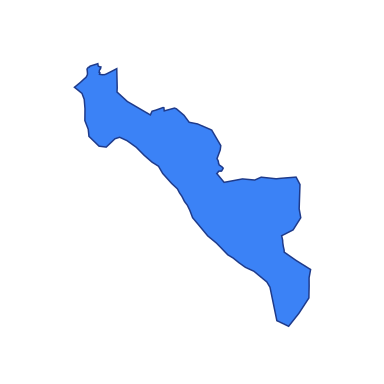 outline of Ogbaru, Anambra, Nigeria, rotated 299°
{"feature_id": "59680162B97395677882832", "entity_name": "Ogbaru", "entity_type": "district", "adm_level": 2, "iso_a3": "NGA", "parent_name": "Nigeria", "parent_adm1": "Anambra", "projection": "albers", "projection_center": [6.751, 5.908], "detail": "fine", "context": "isolated", "style": "filled", "palette": "blue", "viewbox_px": 384, "rotation_deg": 299, "n_neighbors": 0, "source": "geoboundaries", "source_scale": "gbopen_adm2", "svg_char_len": 2004}
<svg xmlns="http://www.w3.org/2000/svg" viewBox="0 0 384 384"><g transform="rotate(299 192 192)"><path d="M226.6,38.4L225.5,44.8L225.2,46.3L224.9,48.0L223.5,49.6L220.8,52.8L215.7,56.2L213.0,58.0L202.5,63.7L196.6,70.8L190.7,74.9L187.0,88.5L189.7,95.2L201.2,98.8L204.8,102.2L205.4,110.2L204.1,121.5L200.9,132.4L198.7,142.7L198.6,145.2L198.3,150.2L194.0,157.4L189.6,170.1L187.7,177.7L185.2,181.5L183.3,185.3L180.0,190.1L178.2,194.3L174.9,199.0L169.8,205.0L165.6,215.9L161.2,227.1L159.2,238.0L158.0,242.1L154.4,253.8L154.2,260.0L152.9,267.4L152.0,275.3L152.7,284.5L149.6,301.1L146.5,306.4L120.6,328.6L121.4,341.6L137.7,344.3L156.0,345.6L166.6,340.0L173.7,336.0L181.7,333.3L182.6,316.2L184.1,301.8L185.9,300.7L188.6,298.3L191.6,296.0L193.7,294.7L195.1,293.5L197.2,291.6L207.9,298.8L222.2,299.6L229.2,293.9L250.9,282.8L255.5,275.8L246.6,262.4L244.4,259.3L238.5,245.3L232.9,241.1L227.9,229.8L216.0,215.4L220.2,204.7L221.1,205.0L221.4,205.1L221.7,205.2L222.3,205.1L222.8,205.3L223.1,205.3L223.5,205.8L224.0,206.5L224.0,206.8L224.4,207.1L224.6,207.7L226.8,207.8L228.0,207.7L228.2,206.7L228.6,205.9L228.6,204.8L228.7,204.4L228.8,204.0L228.7,203.5L228.9,202.5L229.5,202.1L230.0,201.2L230.3,201.1L230.8,200.8L232.0,199.7L233.3,197.7L242.5,196.3L246.5,194.7L255.7,179.2L254.2,163.8L251.6,155.7L255.2,147.8L257.2,138.0L256.9,136.0L249.5,128.4L252.1,126.5L251.8,125.7L246.0,120.6L244.7,119.3L243.3,117.9L239.2,118.2L239.8,91.6L243.1,77.9L246.8,76.1L263.4,66.4L258.6,63.2L253.6,59.8L252.3,58.7L251.1,56.7L250.2,54.5L250.2,54.3L250.1,54.0L251.6,53.7L251.6,52.8L252.5,52.5L253.1,52.2L253.7,52.0L254.1,52.0L254.7,52.1L255.1,52.2L255.8,51.8L255.9,52.1L257.2,51.7L257.0,51.2L256.8,50.3L256.7,49.7L256.6,49.4L256.6,49.2L256.8,48.8L257.3,48.4L257.6,48.2L258.6,47.4L257.8,46.7L252.9,42.0L252.4,41.7L251.9,41.6L251.5,41.7L251.2,41.2L250.5,40.8L248.6,40.6L247.8,41.2L246.1,42.4L245.6,42.7L245.0,43.1L244.2,43.5L243.3,43.7L240.8,43.7L239.1,43.0L233.1,41.0L226.6,38.4Z" fill="#3b82f6" stroke="#1e3a8a" stroke-width="1.5"/></g></svg>